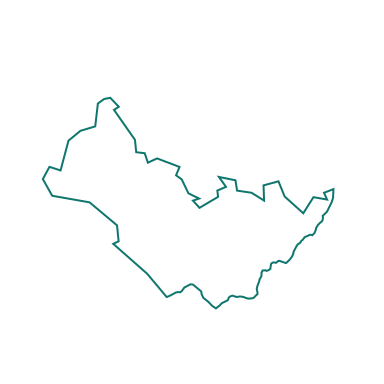 the district of Mitchell, North Carolina, United States of America, rotated 154°
{"feature_id": "52423323B85327388246138", "entity_name": "Mitchell", "entity_type": "district", "adm_level": 2, "iso_a3": "USA", "parent_name": "United States of America", "parent_adm1": "North Carolina", "projection": "albers", "projection_center": [-82.222, 35.991], "detail": "fine", "context": "isolated", "style": "outline", "palette": "teal", "viewbox_px": 384, "rotation_deg": 154, "n_neighbors": 0, "source": "geoboundaries", "source_scale": "gbopen_adm2", "svg_char_len": 1641}
<svg xmlns="http://www.w3.org/2000/svg" viewBox="0 0 384 384"><g transform="rotate(154 192 192)"><path d="M177.9,71.5L177.2,73.1L176.3,76.5L174.3,79.0L170.4,82.6L170.1,83.3L169.5,83.9L168.7,84.4L166.5,85.9L165.4,88.0L164.8,89.1L163.0,90.5L160.4,89.5L159.6,88.4L157.8,88.2L155.4,88.4L153.7,91.0L152.3,92.8L150.5,93.2L149.2,92.8L147.4,91.5L144.7,92.2L143.7,91.9L138.9,87.1L138.4,86.9L133.5,88.5L130.5,90.1L127.9,92.2L127.1,93.6L121.5,97.7L119.6,98.7L117.4,98.8L115.0,100.2L113.2,100.6L110.6,102.0L104.6,101.8L103.7,101.3L102.8,100.4L99.7,101.5L96.7,104.4L96.4,105.1L93.0,107.3L90.2,108.2L87.8,108.8L85.9,110.8L84.9,113.3L79.3,115.1L70.7,121.8L67.8,124.9L63.6,132.6L73.7,133.4L73.9,126.0L85.1,134.1L101.3,124.1L110.7,147.3L109.6,163.7L124.8,166.6L131.0,152.7L138.8,165.2L150.9,173.5L147.8,183.5L161.2,193.7L159.2,181.7L168.6,182.2L170.7,176.2L192.2,174.5L194.9,183.8L188.5,183.0L195.8,192.4L195.7,207.8L199.0,214.0L192.2,220.0L208.7,237.5L218.8,237.7L217.5,247.6L224.7,252.2L220.4,263.9L226.1,300.0L220.4,300.7L224.2,312.5L230.2,314.1L237.8,312.8L250.2,293.4L265.4,295.9L280.5,292.3L300.7,269.0L309.1,277.1L320.4,269.0L319.3,249.9L288.6,227.6L274.0,194.9L279.6,179.8L285.5,179.9L268.1,138.1L260.8,108.7L257.9,108.5L250.5,108.7L248.7,108.3L246.4,107.0L244.3,107.6L240.7,109.5L233.7,109.7L231.6,108.2L227.3,98.6L228.2,95.6L228.2,91.9L225.6,86.5L223.7,80.7L221.5,76.9L216.8,77.9L213.9,79.0L208.9,79.0L207.2,79.1L206.2,79.9L205.2,81.0L203.3,81.4L201.1,81.1L200.5,80.6L199.8,79.9L198.0,78.1L195.6,77.4L193.6,76.5L191.3,74.6L189.8,72.9L188.0,71.4L184.3,70.0L182.8,69.9L180.1,70.9L177.9,71.5Z" fill="none" stroke="#0f766e" stroke-width="2"/></g></svg>